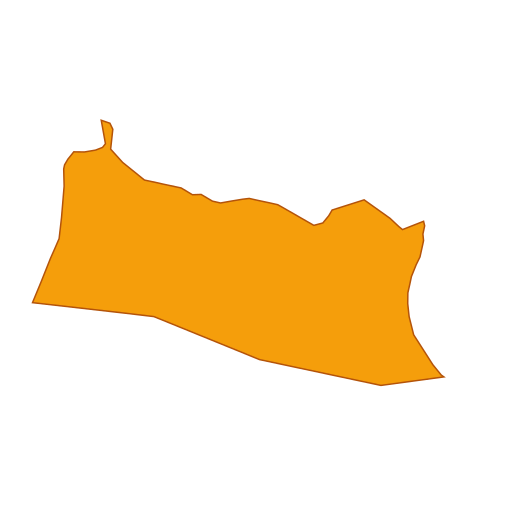 El Mahalla El Kobra 1, Al Gharbiyah, Egypt, rotated 282°
{"feature_id": "37247803B33449651537702", "entity_name": "El Mahalla El Kobra 1", "entity_type": "district", "adm_level": 2, "iso_a3": "EGY", "parent_name": "Egypt", "parent_adm1": "Al Gharbiyah", "projection": "orthographic", "projection_center": [31.176, 30.972], "detail": "fine", "context": "isolated", "style": "filled", "palette": "amber", "viewbox_px": 512, "rotation_deg": 282, "n_neighbors": 0, "source": "geoboundaries", "source_scale": "gbopen_adm2", "svg_char_len": 1024}
<svg xmlns="http://www.w3.org/2000/svg" viewBox="0 0 512 512"><g transform="rotate(282 256 256)"><path d="M163.9,47.1L172.9,140.3L175.5,168.7L163.2,237.6L155.4,281.0L155.4,319.5L155.4,384.4L155.4,405.1L176.8,464.9L178.1,461.9L186.5,451.5L192.8,445.3L201.2,437.0L211.7,426.6L228.5,418.4L232.1,417.2L241.0,414.3L251.5,412.2L259.9,412.3L268.3,412.3L280.8,414.5L289.2,416.6L301.7,416.7L305.9,416.7L312.2,414.7L320.6,414.7L324.8,412.7L312.3,393.8L314.4,389.7L320.7,379.3L333.4,350.1L316.8,320.9L310.5,318.8L302.2,314.5L298.0,306.2L309.4,270.8L310.7,266.6L310.8,258.3L310.8,245.8L310.9,237.4L308.8,231.2L304.7,220.7L300.5,210.3L300.6,202.0L304.8,189.5L302.7,181.1L307.0,168.6L307.0,149.9L307.1,145.5L307.1,131.1L319.8,106.1L330.3,91.6L350.2,89.6L355.5,85.5L356.6,76.4L334.5,85.4L330.3,83.3L326.2,77.0L322.1,66.6L320.0,56.1L315.8,54.0L311.7,51.9L305.4,49.8L301.2,49.8L292.8,51.8L284.4,53.8L253.0,57.8L232.1,59.8L221.6,57.7L211.2,55.5L186.1,51.2L164.5,47.2L163.9,47.1Z" fill="#f59e0b" stroke="#b45309" stroke-width="1.5"/></g></svg>